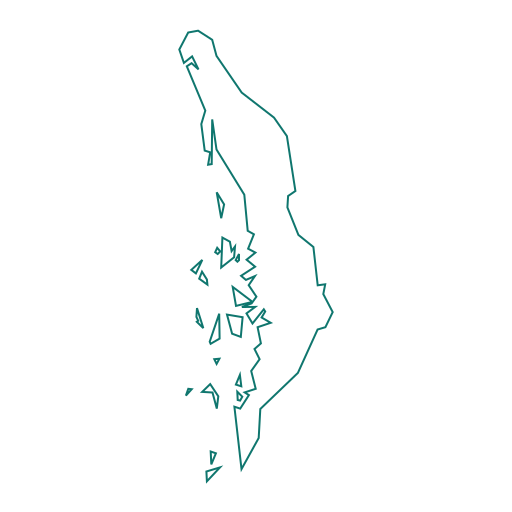 an SVG outline of Tanintharyi
{"feature_id": "MMR-3279", "entity_name": "Tanintharyi", "entity_type": "Division", "adm_level": 1, "iso_a3": "MMR", "parent_name": "Myanmar", "parent_adm1": "", "projection": "orthographic", "projection_center": [98.437, 12.445], "detail": "medium", "context": "isolated", "style": "outline", "palette": "teal", "viewbox_px": 512, "rotation_deg": 0, "n_neighbors": 0, "source": "natural_earth", "source_scale": "10m", "svg_char_len": 1932}
<svg xmlns="http://www.w3.org/2000/svg" viewBox="0 0 512 512"><path d="M212.2,39.8L216.5,55.9L241.7,92.6L274.0,117.6L286.9,136.1L295.4,191.0L288.1,196.0L287.4,207.4L298.4,234.9L313.4,247.0L317.7,285.3L325.2,284.3L323.3,294.1L332.7,312.1L325.4,327.2L317.6,329.5L297.9,372.9L260.3,409.0L258.7,438.0L241.5,469.1L234.4,406.7L240.2,408.6L248.9,395.1L244.7,392.4L255.7,388.8L251.2,371.0L259.6,359.2L254.5,349.0L260.9,343.4L257.6,327.2L270.7,322.8L261.6,317.5L265.2,311.5L263.8,309.3L252.5,323.5L246.5,313.4L255.2,306.9L241.9,307.0L251.6,303.4L256.4,296.7L248.7,285.2L254.9,276.1L245.9,279.9L241.1,275.8L255.1,266.7L246.6,259.7L255.4,252.6L248.1,248.7L253.9,234.3L247.7,230.8L244.3,194.7L216.5,149.5L212.2,119.4L211.7,164.1L208.1,164.7L210.2,152.3L204.7,150.6L201.3,124.1L205.3,110.6L186.8,66.3L191.6,63.2L198.5,69.4L192.1,56.4L183.9,62.9L179.3,49.5L188.2,32.5L198.1,30.7L212.2,39.8ZM235.0,246.5L234.1,257.3L221.2,267.5L222.4,237.6L229.9,241.7L231.6,251.1L235.0,246.5ZM227.0,314.6L242.6,317.2L240.8,336.9L232.1,333.7L227.0,314.6ZM219.2,313.7L219.6,338.6L210.6,343.8L209.7,341.7L219.2,313.7ZM232.7,286.9L251.2,300.9L251.1,302.2L236.0,305.9L232.7,286.9ZM218.3,396.3L216.8,408.6L212.5,392.5L202.2,391.9L210.2,384.1L218.3,396.3ZM206.4,471.5L220.0,467.4L206.9,481.3L206.4,471.5ZM202.3,259.9L195.9,273.4L191.3,269.9L202.3,259.9ZM216.7,192.3L224.1,204.4L221.2,218.2L216.7,192.3ZM202.0,271.7L206.9,279.5L207.4,284.6L199.2,278.7L202.0,271.7ZM197.0,308.1L203.3,328.1L196.8,321.8L198.2,320.8L196.4,316.9L197.0,308.1ZM241.3,386.3L235.9,384.6L239.9,374.9L241.3,386.3ZM211.3,464.4L210.7,451.5L215.9,453.3L211.3,464.4ZM237.3,391.7L242.3,396.7L240.1,400.6L237.7,400.0L237.3,391.7ZM239.0,254.0L239.0,260.2L237.4,261.7L235.7,260.1L239.0,254.0ZM217.2,247.8L220.2,251.4L217.7,254.0L215.2,252.2L217.2,247.8ZM185.9,395.6L188.3,388.8L191.7,389.2L185.9,395.6ZM219.4,358.7L216.6,363.9L214.3,359.2L219.4,358.7Z" fill="none" stroke="#0f766e" stroke-width="2"/></svg>